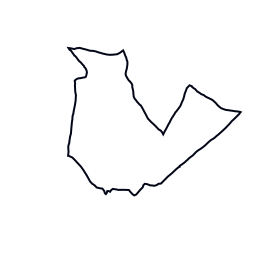 Buah, Grand Kru, Liberia, rotated 29°
{"feature_id": "62588387B84481919127843", "entity_name": "Buah", "entity_type": "district", "adm_level": 2, "iso_a3": "LBR", "parent_name": "Liberia", "parent_adm1": "Grand Kru", "projection": "natural_earth1", "projection_center": [-8.171, 4.859], "detail": "fine", "context": "isolated", "style": "outline", "palette": "ink", "viewbox_px": 256, "rotation_deg": 29, "n_neighbors": 0, "source": "geoboundaries", "source_scale": "gbopen_adm2", "svg_char_len": 3134}
<svg xmlns="http://www.w3.org/2000/svg" viewBox="0 0 256 256"><g transform="rotate(29 128 128)"><path d="M192.0,136.8L191.6,136.1L192.0,135.2L192.4,134.5L193.8,131.6L194.6,129.5L194.7,129.0L195.7,126.3L196.0,125.0L196.8,123.1L198.0,120.5L198.8,117.4L199.4,115.4L199.5,115.1L200.1,113.8L201.5,111.2L202.2,109.8L202.7,108.7L204.0,105.5L204.8,102.8L205.4,101.0L205.9,99.6L206.1,99.1L206.2,98.8L206.7,97.8L208.0,95.6L208.8,93.7L208.9,93.2L209.5,91.7L210.3,89.7L211.7,85.7L213.3,80.8L214.9,74.7L215.4,71.8L215.9,70.4L216.5,68.5L218.4,62.2L218.7,59.9L218.8,59.5L218.1,59.6L214.6,60.9L213.7,61.4L211.0,62.3L209.3,63.0L206.8,63.9L204.9,64.7L201.7,65.3L199.7,65.5L197.4,65.1L195.6,64.7L192.4,63.5L191.5,63.3L188.1,62.5L187.4,62.6L186.8,62.6L184.2,62.7L183.5,62.8L180.4,62.9L179.1,62.6L178.0,62.5L175.7,62.9L174.7,62.7L172.1,62.5L170.9,62.5L167.8,61.4L166.8,61.4L164.1,61.0L163.5,60.5L161.1,60.9L160.1,64.8L160.4,66.0L160.9,69.9L161.1,71.2L161.8,73.1L162.0,74.5L162.4,75.8L162.7,80.1L162.9,81.2L163.1,83.2L162.8,86.1L162.6,87.5L162.2,90.2L161.8,91.5L161.9,92.4L161.6,97.5L161.5,98.1L161.6,101.5L161.7,102.8L161.6,106.3L161.7,107.3L161.8,111.3L161.7,112.6L161.9,116.5L160.1,115.3L157.9,114.4L156.5,114.4L155.6,114.4L151.8,113.2L150.9,112.9L146.6,111.8L145.9,111.7L141.4,110.3L140.5,109.9L136.5,107.2L135.5,106.6L131.4,103.9L130.9,103.6L128.3,102.1L126.6,101.9L125.8,101.5L122.5,100.4L121.8,99.9L119.5,99.1L118.7,98.4L117.8,97.8L115.5,94.5L115.2,93.9L113.2,91.5L112.5,90.8L112.1,90.4L111.0,88.5L109.9,87.6L109.1,87.1L106.7,86.2L105.8,86.1L103.0,84.6L102.5,84.2L101.4,83.6L100.6,83.0L100.1,82.4L99.7,82.0L98.6,78.8L98.5,77.8L97.6,75.1L96.8,73.0L95.8,71.1L95.1,70.0L94.2,69.4L92.2,67.2L90.7,66.2L88.0,63.8L86.1,62.5L85.8,63.2L84.5,66.1L82.8,68.7L79.1,71.3L77.0,72.6L74.1,73.9L70.0,75.1L68.1,75.5L64.9,76.3L62.8,76.6L61.8,76.9L60.5,77.3L57.4,78.8L54.6,79.4L51.0,80.3L50.8,80.4L47.0,81.3L44.3,83.2L42.8,85.0L39.8,85.9L37.2,86.9L39.0,87.9L40.2,87.9L41.0,88.2L44.4,89.8L46.1,90.7L47.1,90.7L48.9,91.4L51.2,92.5L53.2,93.3L54.5,93.4L57.2,94.4L59.6,95.2L60.1,95.8L61.8,96.3L64.0,97.9L65.2,99.4L65.7,101.3L66.0,102.1L66.3,103.6L65.7,104.6L64.8,105.3L64.0,105.9L62.1,107.6L60.8,108.4L59.7,109.6L58.7,111.4L58.5,112.6L59.3,113.4L60.0,114.4L61.0,116.6L63.8,121.1L64.1,121.6L66.8,124.9L67.2,125.9L68.7,129.0L69.1,129.9L70.4,133.5L70.8,134.7L72.0,138.6L73.5,142.8L73.6,144.1L75.4,148.0L75.8,149.3L76.6,151.2L79.3,157.3L80.8,160.6L81.5,163.5L82.7,166.8L83.8,169.4L84.5,172.6L85.7,174.9L87.3,177.2L88.5,179.9L89.1,181.3L89.4,181.1L93.6,180.8L96.8,181.7L101.6,183.3L105.6,184.6L109.7,186.6L115.3,189.7L120.7,193.1L122.1,193.6L123.8,194.1L126.5,194.3L128.7,195.0L129.5,195.2L133.1,194.2L135.0,193.4L137.7,194.6L139.4,196.2L140.7,196.5L140.9,195.1L140.4,193.3L141.7,192.5L143.2,192.5L143.4,190.4L144.3,188.6L147.0,187.6L149.8,186.7L152.7,185.0L154.7,183.9L158.8,181.8L161.8,183.0L164.5,183.8L166.2,183.9L167.5,182.1L168.6,176.5L169.6,172.8L169.2,170.6L169.7,168.7L172.1,167.8L175.3,167.4L176.8,166.6L179.0,165.8L180.9,163.9L181.6,162.1L183.8,160.6L186.3,151.5L188.4,146.1L190.1,140.7L191.3,137.6L192.0,136.8Z" fill="none" stroke="#020617" stroke-width="2"/></g></svg>